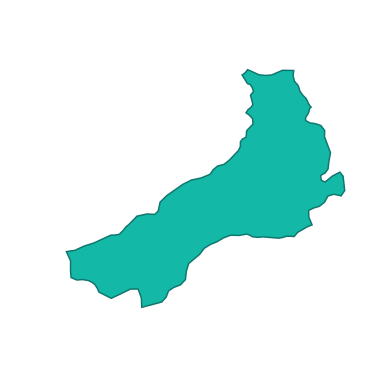 the Province of Erzincan, rotated 154°
{"feature_id": "TUR-2300", "entity_name": "Erzincan", "entity_type": "Province", "adm_level": 1, "iso_a3": "TUR", "parent_name": "Turkey", "parent_adm1": "", "projection": "albers", "projection_center": [39.186, 39.548], "detail": "fine", "context": "isolated", "style": "filled", "palette": "teal", "viewbox_px": 384, "rotation_deg": 154, "n_neighbors": 0, "source": "natural_earth", "source_scale": "10m", "svg_char_len": 1826}
<svg xmlns="http://www.w3.org/2000/svg" viewBox="0 0 384 384"><g transform="rotate(154 192 192)"><path d="M95.3,124.3L98.0,118.1L98.5,109.8L103.9,110.2L114.8,109.4L119.8,107.2L123.3,109.3L126.8,110.9L130.6,111.4L134.3,112.5L147.8,120.5L152.7,122.4L157.2,125.2L159.1,128.0L161.3,130.2L168.9,132.4L176.2,136.2L183.9,137.0L191.2,136.3L198.5,136.8L205.7,136.0L212.5,132.6L226.3,129.2L231.8,123.3L236.4,116.1L243.1,113.6L250.2,114.2L256.4,113.4L261.4,108.8L267.3,106.4L287.7,110.4L283.9,119.1L283.0,128.4L289.7,131.7L311.1,131.8L319.5,142.7L319.3,147.2L319.9,151.7L321.7,155.0L324.0,157.9L328.8,161.3L334.1,163.4L338.2,168.1L335.5,174.9L331.3,183.4L331.0,193.5L322.9,190.9L312.7,190.7L302.5,189.2L283.8,188.8L281.3,187.5L276.6,186.0L275.3,185.8L274.9,186.3L270.9,187.5L266.1,189.8L263.5,190.3L252.0,194.4L242.1,192.0L235.3,188.2L230.7,189.7L225.1,196.9L216.3,199.8L197.1,202.9L187.2,203.0L177.6,200.6L168.0,200.0L163.0,202.8L157.7,204.1L151.1,202.8L144.5,204.3L132.1,208.9L128.7,211.6L126.4,216.0L123.2,217.6L119.6,217.4L117.8,220.0L116.3,222.8L114.8,223.6L107.4,226.3L105.4,231.4L107.0,236.4L108.7,239.5L105.2,241.6L101.9,242.2L98.9,244.0L97.0,253.3L94.2,254.7L93.6,254.8L92.6,255.7L92.1,259.5L92.6,263.3L93.6,264.0L94.6,265.1L95.7,275.2L91.7,275.9L88.4,277.6L80.3,267.9L74.9,264.6L69.2,262.3L57.3,261.7L47.3,256.6L50.2,252.2L51.3,246.7L50.7,244.1L50.0,241.6L50.2,238.5L50.8,235.6L50.1,230.7L48.5,226.1L48.5,220.6L48.3,217.8L47.7,216.1L49.3,215.6L50.5,214.5L51.6,213.1L52.9,211.8L57.4,208.9L58.5,206.3L55.6,202.3L51.5,199.6L47.1,195.4L45.8,189.1L48.7,183.6L50.3,166.6L56.3,158.4L59.6,153.1L64.3,150.6L66.9,150.7L69.3,150.2L70.6,145.8L68.0,142.6L58.9,144.8L50.3,145.0L49.3,139.9L54.1,126.4L59.7,123.2L65.5,127.8L71.5,128.8L77.4,124.7L83.9,123.3L89.6,124.3L95.3,124.3Z" fill="#14b8a6" stroke="#0f766e" stroke-width="1.5"/></g></svg>